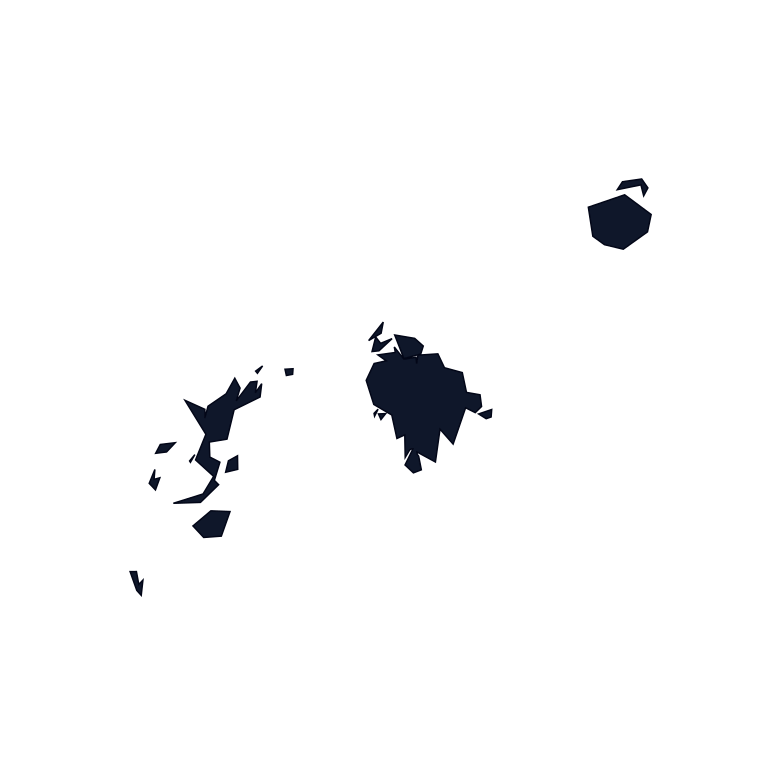 Shortland Islands, Western, Solomon Islands, rotated 203°
{"feature_id": "97153195B13226737525008", "entity_name": "Shortland Islands", "entity_type": "district", "adm_level": 2, "iso_a3": "SLB", "parent_name": "Solomon Islands", "parent_adm1": "Western", "projection": "equal_earth", "projection_center": [155.884, -7.049], "detail": "medium", "context": "isolated", "style": "filled", "palette": "ink", "viewbox_px": 768, "rotation_deg": 203, "n_neighbors": 0, "source": "geoboundaries", "source_scale": "gbopen_adm2", "svg_char_len": 1986}
<svg xmlns="http://www.w3.org/2000/svg" viewBox="0 0 768 768"><g transform="rotate(203 384 384)"><path d="M401.8,380.4L385.4,361.2L364.7,358.5L350.8,338.9L345.0,345.3L335.8,324.7L334.6,333.4L333.1,335.3L332.0,335.6L333.0,317.7L322.2,313.7L316.1,319.6L323.9,331.1L326.0,332.3L327.0,334.3L306.2,332.3L314.8,364.3L296.9,355.7L299.6,394.0L288.8,393.3L285.4,401.4L291.4,411.6L304.8,408.5L316.4,425.1L334.7,422.6L346.2,432.8L364.0,423.8L361.9,415.4L365.0,421.1L375.3,414.6L389.0,422.1L386.2,417.9L386.3,417.2L401.0,408.4L391.0,406.2L401.1,399.0L401.8,380.4ZM560.8,291.2L528.3,268.1L527.8,240.5L504.7,232.4L507.6,212.1L531.3,191.9L506.7,203.3L496.9,226.7L502.5,229.0L504.5,247.9L515.8,248.7L522.1,262.3L507.0,271.9L511.9,301.7L493.0,323.6L496.7,336.5L499.0,325.6L501.9,336.9L507.7,333.6L513.4,310.7L514.9,324.0L523.6,331.0L525.5,313.3L537.3,294.8L535.6,282.6L539.0,290.7L560.8,291.2ZM265.0,626.6L249.5,601.6L235.5,598.4L216.4,601.6L200.9,627.0L204.3,644.4L236.4,652.2L265.0,626.6ZM504.4,178.7L490.0,172.3L474.3,180.4L475.9,206.4L493.8,199.6L504.4,178.7ZM393.3,433.3L375.6,415.2L361.9,426.0L362.7,434.3L373.6,438.0L393.3,433.3ZM245.2,654.0L225.3,667.7L218.5,658.7L217.7,667.6L226.9,673.4L243.5,663.4L245.2,654.0ZM410.0,424.0L407.7,409.2L401.6,412.6L394.3,428.9L403.0,420.1L410.0,424.0ZM408.9,440.7L415.1,418.0L406.5,429.6L408.9,440.7ZM561.5,215.8L561.3,200.8L553.0,197.2L553.7,210.1L558.4,206.4L561.5,215.8ZM497.2,252.5L495.3,240.9L485.3,248.3L490.8,260.7L497.2,252.5ZM544.4,112.1L530.9,97.4L524.9,94.6L529.3,109.3L531.4,103.7L538.6,114.6L544.4,112.1ZM567.1,231.0L557.6,236.5L553.2,248.4L566.3,240.9L567.1,231.0ZM285.2,393.4L276.4,392.0L272.5,395.5L274.9,402.6L285.2,393.4ZM480.9,358.9L477.2,353.7L471.9,357.2L473.7,362.5L480.9,358.9ZM502.8,353.2L507.2,345.7L504.7,344.4L502.8,353.2ZM370.9,357.4L377.4,354.3L372.9,350.1L370.9,357.4ZM530.5,245.1L532.9,237.2L531.6,236.3L530.5,245.1ZM379.6,358.5L381.7,353.1L380.1,350.7L379.6,358.5Z" fill="#0f172a" stroke="#020617" stroke-width="1.5"/></g></svg>